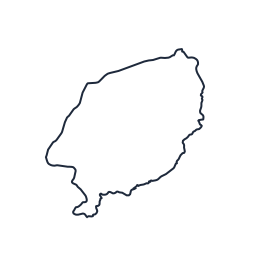 SVG path tracing the border of Upper Takutu-Upper Essequibo, rotated 230°
{"feature_id": "GUY-674", "entity_name": "Upper Takutu-Upper Essequibo", "entity_type": "Region", "adm_level": 1, "iso_a3": "GUY", "parent_name": "Guyana", "parent_adm1": "", "projection": "albers", "projection_center": [-59.289, 2.847], "detail": "fine", "context": "isolated", "style": "outline", "palette": "slate", "viewbox_px": 256, "rotation_deg": 230, "n_neighbors": 0, "source": "natural_earth", "source_scale": "10m", "svg_char_len": 4099}
<svg xmlns="http://www.w3.org/2000/svg" viewBox="0 0 256 256"><g transform="rotate(230 128 128)"><path d="M91.7,62.9L91.3,62.7L91.4,61.2L91.1,60.9L90.8,60.6L90.0,59.1L88.0,57.3L87.5,56.4L87.6,55.0L88.3,54.0L88.5,53.2L87.2,52.2L84.7,51.4L83.8,50.7L83.1,49.2L83.0,48.6L83.0,48.1L83.1,47.0L83.3,46.7L83.8,46.0L83.9,45.6L83.8,45.2L83.2,44.6L83.1,44.3L83.7,43.2L85.7,41.2L86.1,39.8L86.1,39.4L86.8,39.3L88.9,39.5L90.1,39.4L90.6,39.1L91.1,38.8L91.5,38.4L91.7,38.0L93.6,34.2L94.0,33.7L94.6,33.0L95.0,32.5L95.5,32.2L95.9,32.0L96.4,31.7L97.6,31.4L98.9,31.9L99.4,32.9L99.6,33.8L100.4,35.8L100.7,36.7L100.7,37.4L100.4,37.8L100.1,38.2L99.8,39.0L99.6,40.2L99.6,42.7L100.1,45.1L100.1,45.7L99.8,46.2L99.1,47.0L98.8,47.5L98.5,48.3L98.5,48.8L98.7,49.4L99.1,49.9L99.6,50.3L100.0,50.6L101.9,51.5L102.8,51.8L103.6,52.0L111.5,52.3L114.9,51.7L115.7,51.7L116.9,51.9L117.3,51.9L117.8,51.8L118.2,51.7L120.8,50.4L121.2,50.3L121.6,50.2L121.9,50.2L122.3,50.2L122.7,50.4L123.0,50.6L123.2,50.9L123.7,52.2L124.0,53.7L124.3,54.3L124.6,54.9L128.5,60.0L129.1,60.5L129.5,60.8L130.3,61.0L132.2,61.0L132.9,60.9L133.1,60.8L133.5,60.6L134.4,59.9L136.0,58.2L137.1,56.9L144.8,50.0L145.2,49.5L146.3,47.6L147.2,46.6L148.0,45.9L149.2,45.1L150.7,44.5L151.2,44.3L152.1,44.2L152.6,44.2L153.0,44.3L153.9,44.5L155.7,45.2L158.4,46.4L159.3,48.0L162.8,52.9L165.1,61.0L165.2,61.5L165.1,62.3L164.7,63.9L164.7,64.7L164.8,65.7L166.7,73.2L167.1,74.4L167.6,75.3L173.0,83.4L174.8,87.2L175.2,88.0L175.3,89.3L175.3,90.7L177.3,98.4L177.3,99.5L177.0,102.2L177.2,103.8L177.5,105.4L178.1,107.2L184.3,116.0L187.9,124.6L188.1,125.7L187.9,126.2L183.4,132.3L182.5,134.0L182.3,134.5L182.2,135.3L182.2,136.2L182.9,143.6L182.8,145.3L182.7,146.6L182.5,147.7L181.7,149.6L177.8,157.4L168.5,183.2L166.4,187.3L164.0,190.9L161.1,197.8L160.4,198.7L157.9,201.3L155.9,204.2L155.4,205.5L154.9,209.0L154.2,209.9L154.6,211.1L155.7,213.4L156.1,214.6L156.1,216.0L155.7,217.0L153.9,219.9L153.5,219.9L153.0,219.6L152.5,219.4L152.3,219.1L152.0,218.8L151.7,218.7L151.5,218.8L150.7,219.4L150.4,219.5L144.4,219.0L143.5,219.1L142.9,219.6L141.3,221.9L140.3,222.9L139.2,223.7L137.8,224.2L136.7,224.5L135.6,224.6L134.6,224.4L133.4,223.9L131.9,222.7L131.4,221.5L131.1,220.3L130.2,218.9L129.1,218.0L127.9,217.4L127.6,217.2L125.3,216.4L115.6,214.6L111.9,213.4L110.9,212.9L110.1,211.9L108.9,209.1L108.4,208.5L107.3,207.9L107.1,206.9L107.0,205.8L106.3,204.9L105.8,204.8L104.6,205.2L103.9,205.0L103.7,204.7L103.2,203.8L103.0,203.5L102.7,203.3L102.0,203.2L101.7,203.1L101.2,202.5L100.1,200.5L99.5,199.9L97.7,198.4L96.7,197.2L95.1,194.5L93.9,193.5L92.7,193.1L91.6,193.3L90.6,193.5L89.5,193.6L88.8,193.4L88.2,193.1L87.7,192.7L86.4,191.4L86.3,190.9L87.2,189.6L88.5,187.3L88.4,186.6L88.2,186.5L87.9,186.6L87.1,186.4L85.0,185.6L84.3,185.5L83.1,185.9L82.4,185.9L81.9,185.3L81.6,184.1L81.5,182.8L81.5,181.9L81.8,181.2L82.5,180.1L82.7,179.5L82.8,179.0L82.7,177.4L82.8,176.9L83.1,176.0L83.1,175.5L82.9,174.9L82.3,173.6L82.2,172.9L82.4,172.3L83.1,171.2L83.2,170.7L83.2,170.1L82.7,168.3L82.6,166.2L83.0,163.9L82.9,161.9L81.6,160.5L81.1,160.4L80.0,160.4L79.4,160.2L78.7,159.9L76.9,158.3L74.6,157.1L73.5,156.4L72.9,155.2L73.0,154.7L73.6,153.7L73.6,153.1L73.5,152.5L73.4,151.2L73.3,150.6L71.6,146.8L71.4,145.7L71.4,145.0L71.3,144.5L70.8,143.5L70.6,143.3L69.9,143.0L69.6,142.8L69.6,142.6L69.9,141.9L69.9,141.6L68.1,138.0L67.9,136.9L68.3,127.4L69.5,122.6L69.6,121.4L69.4,118.1L69.7,116.6L70.3,115.3L71.8,112.7L72.1,112.5L72.5,112.3L72.8,112.1L73.0,111.8L73.0,111.4L72.5,110.7L72.5,110.4L72.6,110.2L73.4,110.1L73.5,109.9L73.4,109.5L72.9,109.0L72.7,108.6L72.7,107.8L73.0,107.4L73.5,107.0L73.8,106.5L74.6,103.9L74.9,103.3L76.4,100.8L77.0,98.8L77.6,98.8L78.0,98.7L78.3,98.4L78.3,98.0L77.9,97.2L77.9,96.8L78.1,94.0L77.1,94.4L77.3,93.4L78.3,91.0L77.8,89.5L76.8,88.3L75.9,87.0L75.9,85.3L77.3,83.7L82.1,82.0L84.3,80.0L85.6,79.4L86.1,79.0L86.5,78.3L86.5,77.8L86.4,77.3L86.5,76.6L87.0,75.2L87.7,74.4L90.1,73.4L91.2,72.5L91.4,71.7L91.1,70.7L91.0,69.4L91.3,68.2L92.2,66.8L93.3,65.7L94.3,65.3L94.9,65.2L95.2,64.9L95.3,64.5L95.2,63.9L94.8,63.4L94.1,63.2L92.3,62.9L91.7,62.9Z" fill="none" stroke="#1e293b" stroke-width="2"/></g></svg>